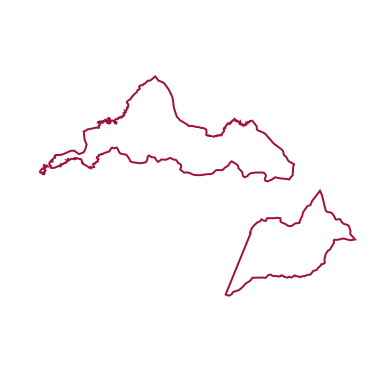 the district of Konawe, Sulawesi Tenggara, Indonesia, rotated 158°
{"feature_id": "22746128B78249855862414", "entity_name": "Konawe", "entity_type": "district", "adm_level": 2, "iso_a3": "IDN", "parent_name": "Indonesia", "parent_adm1": "Sulawesi Tenggara", "projection": "mercator", "projection_center": [122.048, -3.513], "detail": "fine", "context": "isolated", "style": "outline", "palette": "rose", "viewbox_px": 384, "rotation_deg": 158, "n_neighbors": 0, "source": "geoboundaries", "source_scale": "gbopen_adm2", "svg_char_len": 6061}
<svg xmlns="http://www.w3.org/2000/svg" viewBox="0 0 384 384"><g transform="rotate(158 192 192)"><path d="M182.7,312.9L187.9,311.3L189.7,311.1L191.4,311.7L195.3,310.0L196.0,310.3L197.3,309.7L198.3,309.7L200.2,310.2L201.6,309.5L201.6,307.7L202.1,307.0L204.2,306.9L205.5,305.5L209.9,303.8L213.0,302.2L214.2,301.1L216.7,300.8L218.7,299.9L218.8,298.8L218.2,297.3L219.0,295.2L220.5,294.8L220.3,293.9L221.3,293.5L221.8,292.7L222.3,292.7L223.3,291.4L223.5,291.7L223.5,291.0L225.2,291.1L224.9,290.3L225.2,289.5L225.7,289.2L226.5,289.5L226.6,288.7L227.5,289.1L226.9,288.6L227.1,288.1L229.2,288.4L229.2,288.0L228.6,287.8L229.5,287.3L230.0,288.0L230.6,287.9L231.0,288.4L231.9,288.0L232.5,288.3L232.7,287.7L234.0,287.4L235.3,288.2L236.1,287.9L236.7,287.2L236.8,286.0L236.2,285.3L236.0,284.5L236.6,283.9L237.4,284.1L237.7,284.9L237.4,285.9L238.0,286.2L238.0,287.1L239.2,288.2L240.6,288.4L242.0,286.5L242.8,286.6L241.4,288.2L240.8,290.6L240.8,291.2L241.5,291.9L242.3,291.7L241.9,290.7L243.3,289.9L242.7,289.3L242.8,288.9L243.7,288.6L244.4,287.6L244.8,287.8L244.7,288.7L243.9,289.0L245.0,289.9L244.9,291.4L245.5,291.5L246.3,290.3L247.4,291.2L248.0,291.2L248.0,290.3L248.6,290.4L248.8,289.7L249.3,289.6L250.2,290.3L249.8,291.5L251.1,291.7L251.4,292.1L252.9,292.0L253.3,291.7L252.4,290.9L252.1,289.3L252.3,288.6L253.8,288.3L253.8,287.0L254.6,286.4L256.3,287.5L265.9,289.2L267.0,288.7L269.7,288.7L272.0,280.6L271.9,275.5L275.2,271.3L277.6,269.4L282.6,269.4L285.7,274.4L288.9,275.6L297.0,275.3L299.8,275.6L304.1,277.2L305.5,277.2L306.0,276.6L305.6,275.8L306.2,275.1L307.4,275.1L310.3,274.1L309.6,273.6L309.9,272.4L312.5,273.0L313.3,272.5L313.9,271.1L313.1,269.2L313.7,267.3L313.5,266.9L309.9,265.9L305.7,266.1L304.9,265.3L304.0,266.2L303.8,265.5L303.4,265.7L302.8,266.8L301.8,266.2L300.3,266.3L299.8,266.7L298.3,266.4L298.3,267.6L298.0,266.6L297.4,266.6L295.9,267.2L296.2,268.1L295.9,267.9L295.4,268.4L295.4,268.1L294.7,268.4L294.8,267.5L293.6,267.4L293.0,268.0L292.2,268.1L289.5,267.2L288.7,266.3L287.9,266.3L288.5,267.3L287.8,267.5L287.3,266.7L286.1,266.6L284.2,264.9L282.6,264.0L282.4,262.8L282.8,261.6L282.4,260.4L282.9,260.3L282.8,259.4L277.0,251.9L276.5,252.5L277.6,253.0L276.9,253.3L275.2,252.0L273.4,251.8L273.4,254.9L272.1,255.2L271.0,254.6L269.5,255.8L268.0,255.5L267.5,256.9L266.4,257.5L267.5,259.3L267.0,260.0L265.0,260.2L264.5,261.2L261.7,261.2L261.6,260.6L258.8,261.0L253.4,260.6L250.8,262.7L249.3,263.1L248.2,261.8L245.0,261.4L244.4,255.3L243.5,254.1L239.2,251.3L238.7,250.6L237.7,246.0L237.7,243.6L236.3,242.1L229.4,238.1L225.2,237.1L223.4,237.1L222.1,238.0L220.8,239.5L220.3,240.7L219.2,241.8L218.3,241.9L216.1,239.3L213.5,237.8L213.4,235.7L212.2,232.7L210.6,232.8L208.4,233.7L204.2,231.7L199.5,231.8L196.5,228.6L195.1,228.1L194.3,226.4L194.1,224.0L192.9,223.0L192.1,221.3L192.6,219.4L194.6,217.3L191.9,212.8L189.8,212.3L188.2,211.3L186.7,210.3L185.0,208.2L182.7,206.5L178.0,204.5L170.1,202.5L168.2,201.6L165.4,201.6L162.3,203.0L160.8,203.1L155.7,200.9L152.6,202.1L148.3,203.1L146.0,204.8L143.7,205.6L139.9,200.4L139.5,198.5L140.0,196.6L138.1,191.9L138.6,187.5L137.7,186.0L134.7,185.9L133.5,186.8L130.4,187.4L125.4,186.1L119.4,183.7L117.9,182.6L117.3,181.0L117.4,179.5L118.2,178.2L119.7,176.8L119.8,175.1L118.1,173.6L113.6,173.6L109.4,174.5L105.7,172.0L96.9,167.2L95.4,168.5L92.4,169.8L88.8,177.3L87.0,179.6L90.4,183.7L91.1,185.0L91.5,189.2L92.9,191.7L92.3,196.0L92.8,197.6L98.1,206.4L102.0,217.7L103.4,220.1L108.2,224.9L108.2,226.6L107.4,228.5L109.4,235.6L111.8,236.1L112.0,235.6L113.0,235.3L113.8,235.9L114.2,235.3L115.4,235.9L115.3,234.8L116.0,235.0L116.3,234.7L116.3,235.1L116.9,235.1L117.6,234.7L117.3,234.3L117.6,234.0L118.8,234.3L118.7,234.9L119.3,235.2L119.8,234.6L120.1,235.8L121.4,236.1L121.5,236.6L122.4,237.2L122.3,237.7L121.1,237.8L121.5,238.4L121.2,239.0L122.2,238.5L122.3,240.0L122.9,240.4L123.8,240.4L123.8,241.1L124.4,241.2L124.3,241.9L124.8,242.0L124.6,242.6L125.1,243.1L125.5,243.0L125.4,243.7L126.5,243.2L127.7,243.2L128.1,242.6L129.5,242.4L129.4,241.9L130.4,241.3L130.7,242.0L131.6,241.8L131.9,241.2L133.0,242.1L133.5,241.3L134.7,241.5L135.5,240.5L137.1,239.8L137.2,239.0L138.0,239.4L139.0,238.6L139.0,237.2L139.9,236.1L141.9,235.1L143.1,233.7L144.4,233.7L144.7,234.5L146.4,234.3L147.1,235.2L148.6,234.6L149.7,235.4L151.1,235.0L153.0,236.6L154.7,237.5L155.0,238.0L155.3,237.7L156.0,238.1L157.4,239.5L155.6,243.1L155.6,244.8L157.0,246.6L158.4,247.6L159.1,247.6L161.2,249.5L164.8,251.4L165.9,252.5L169.3,254.2L170.3,254.3L171.3,256.5L176.3,263.1L177.9,267.8L177.2,276.9L175.2,284.5L174.7,287.8L175.1,295.4L176.9,302.8L178.4,305.1L181.4,307.9L182.7,312.9ZM72.9,145.2L84.0,138.7L87.0,135.6L90.6,135.6L96.8,131.4L98.8,128.5L101.9,125.8L104.1,123.1L108.1,124.2L112.4,123.1L115.5,124.5L117.5,127.4L121.0,131.0L119.9,134.6L123.0,136.3L126.7,137.3L132.1,139.6L134.6,137.5L136.2,138.7L137.9,140.6L140.1,139.3L143.0,139.3L147.2,137.7L150.3,135.9L153.5,132.6L153.0,131.9L199.2,84.4L197.9,82.9L195.7,81.9L193.6,82.4L191.3,83.9L185.0,83.5L180.1,85.2L176.7,87.0L171.9,87.8L169.8,88.7L168.3,89.9L158.5,86.2L156.0,84.8L152.9,86.1L151.3,86.4L149.8,85.7L148.5,83.8L145.6,82.6L143.1,81.0L141.7,81.2L141.3,80.8L140.5,81.2L140.0,80.7L139.1,80.6L138.2,78.7L135.6,76.9L133.4,77.0L132.9,76.0L131.2,75.4L128.1,76.3L127.4,75.0L125.9,74.6L123.7,72.6L120.5,72.4L119.0,71.7L116.4,72.0L113.2,71.1L109.1,73.4L106.0,73.0L105.2,73.3L103.6,74.4L100.1,75.7L99.2,76.6L97.5,76.1L95.5,76.5L94.2,80.3L91.3,84.4L87.9,86.7L86.2,86.8L84.8,87.6L79.5,91.7L78.7,93.9L78.1,94.4L74.7,93.1L69.2,92.3L63.2,87.9L58.6,86.9L61.0,93.7L59.6,96.8L59.3,102.0L60.4,103.4L63.3,105.7L64.7,108.6L64.6,110.9L65.4,111.6L68.6,112.4L69.2,113.2L69.1,115.1L70.0,119.6L71.0,121.0L74.0,122.8L75.0,124.7L72.7,140.2L72.9,145.2ZM322.8,265.9L320.5,266.1L319.7,267.0L321.3,269.5L322.0,269.8L324.3,268.8L325.4,267.6L325.4,266.8L325.0,266.5L322.8,265.9ZM319.9,271.3L319.3,269.2L317.1,270.2L316.0,269.7L316.6,270.8L318.1,271.1L318.8,270.8L318.5,272.2L318.9,272.5L319.9,271.3ZM323.6,265.6L323.9,265.0L323.7,264.4L322.6,263.9L321.8,264.4L321.9,265.5L323.6,265.6Z" fill="none" stroke="#9f1239" stroke-width="2"/></g></svg>